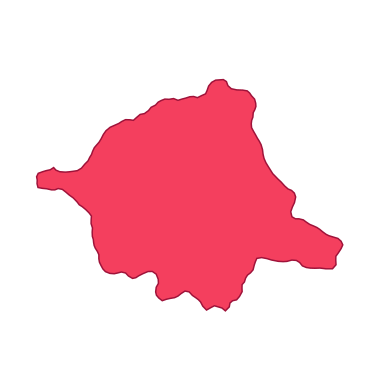 the district of José Gonçalves de Minas, Minas Gerais, Brazil, rotated 277°
{"feature_id": "56859067B28845498897374", "entity_name": "José Gonçalves de Minas", "entity_type": "district", "adm_level": 2, "iso_a3": "BRA", "parent_name": "Brazil", "parent_adm1": "Minas Gerais", "projection": "albers", "projection_center": [-42.66, -16.9], "detail": "fine", "context": "isolated", "style": "filled", "palette": "rose", "viewbox_px": 384, "rotation_deg": 277, "n_neighbors": 0, "source": "geoboundaries", "source_scale": "gbopen_adm2", "svg_char_len": 2755}
<svg xmlns="http://www.w3.org/2000/svg" viewBox="0 0 384 384"><g transform="rotate(277 192 192)"><path d="M199.4,51.7L196.8,48.6L195.4,44.6L193.9,41.2L191.8,37.1L188.2,35.9L185.1,36.9L181.3,37.2L177.7,38.6L177.4,43.1L177.5,47.4L177.0,52.4L177.4,55.6L179.1,58.7L178.8,63.0L176.7,66.5L174.1,70.4L171.7,74.8L168.2,79.1L165.6,81.6L164.1,84.8L161.6,88.7L158.8,92.3L155.9,95.1L152.2,95.3L148.3,95.7L144.2,97.6L140.1,97.8L135.8,98.5L133.0,99.8L129.9,100.5L127.0,101.4L124.4,102.9L121.5,105.3L118.4,107.2L114.3,107.7L111.0,108.7L107.9,110.7L104.7,113.0L102.4,115.8L101.2,120.4L101.4,124.8L102.5,127.9L104.0,131.7L103.5,136.0L100.9,139.1L99.0,143.5L100.1,146.7L102.4,149.4L105.0,153.3L107.7,158.0L108.3,162.3L106.1,166.5L101.3,169.1L97.2,169.8L93.1,168.1L88.4,168.1L85.2,169.3L82.7,172.0L80.5,175.7L82.4,179.6L83.8,183.5L85.0,187.6L87.0,190.8L89.8,193.5L92.8,197.1L92.5,201.4L89.4,205.0L87.5,208.7L85.9,211.5L83.9,213.9L80.0,216.6L76.6,220.8L79.7,225.0L81.8,228.1L81.2,231.8L80.5,235.9L78.1,239.6L82.5,243.0L86.4,243.2L89.0,245.5L90.4,249.4L94.0,251.8L99.2,253.9L102.9,253.3L106.2,253.0L109.1,255.0L113.1,255.7L116.3,257.2L118.9,259.9L122.2,262.1L127.1,262.7L130.5,263.4L134.0,264.4L135.4,269.1L135.0,274.7L134.2,279.2L133.7,286.0L134.0,290.9L134.7,294.7L136.6,299.4L136.8,303.9L135.2,307.4L132.1,310.6L131.0,314.7L130.9,318.7L131.3,323.2L132.1,328.3L132.1,334.3L132.9,340.8L137.3,343.8L141.9,343.0L145.7,342.6L149.3,344.6L154.0,346.9L157.9,348.1L161.3,346.0L163.7,342.5L164.5,337.8L165.3,333.2L166.3,330.3L168.6,326.2L170.5,323.3L172.0,320.3L173.1,316.8L174.2,312.8L176.0,309.2L177.9,305.9L178.4,301.5L178.0,297.9L179.6,294.2L184.4,292.4L189.4,293.5L194.0,295.0L199.7,295.5L203.4,293.7L205.7,290.6L206.7,287.0L209.3,283.2L212.8,279.2L215.5,275.5L217.7,272.8L220.0,269.9L223.7,266.9L227.0,264.2L230.2,261.7L234.1,259.4L238.2,257.9L242.7,256.8L247.4,254.8L250.6,252.6L253.4,250.3L256.5,248.1L259.4,245.9L263.1,243.3L267.0,242.5L270.4,242.5L273.7,243.3L278.2,243.1L281.4,244.3L284.7,245.0L287.9,244.4L291.8,242.8L294.7,239.4L297.3,237.1L299.1,234.5L299.3,229.9L298.8,224.0L299.3,218.4L301.9,214.7L305.8,212.7L307.4,209.4L306.7,205.9L305.9,201.8L303.2,198.1L299.2,195.6L294.6,194.6L291.1,193.5L288.8,189.7L286.3,185.9L287.0,182.0L286.3,178.3L284.4,174.2L283.1,170.9L281.3,166.9L282.5,162.3L281.2,157.9L280.9,153.7L279.0,150.2L277.1,147.5L273.8,145.2L271.1,141.1L267.5,138.9L264.0,135.2L262.7,131.1L259.1,127.8L256.0,125.1L256.1,121.6L255.7,117.2L253.3,113.5L251.2,111.1L249.1,107.6L246.3,102.9L242.4,99.2L238.3,97.0L233.6,95.3L230.1,93.7L227.3,91.8L224.2,89.7L220.3,88.4L217.0,87.7L214.0,86.3L210.2,85.0L206.6,82.2L202.2,79.4L199.2,75.6L198.0,71.2L197.0,67.3L196.3,63.9L196.0,58.3L197.1,54.3L199.4,51.7Z" fill="#f43f5e" stroke="#9f1239" stroke-width="1.5"/></g></svg>